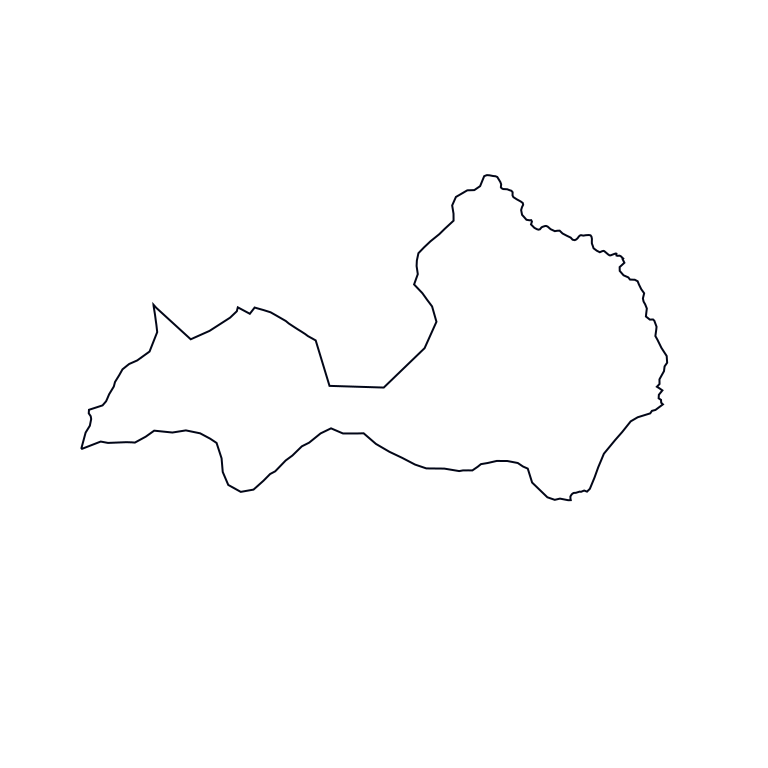 Magama, Niger, Nigeria, rotated 44°
{"feature_id": "59680162B40491222708573", "entity_name": "Magama", "entity_type": "district", "adm_level": 2, "iso_a3": "NGA", "parent_name": "Nigeria", "parent_adm1": "Niger", "projection": "orthographic", "projection_center": [4.963, 10.29], "detail": "fine", "context": "isolated", "style": "outline", "palette": "ink", "viewbox_px": 768, "rotation_deg": 44, "n_neighbors": 0, "source": "geoboundaries", "source_scale": "gbopen_adm2", "svg_char_len": 3693}
<svg xmlns="http://www.w3.org/2000/svg" viewBox="0 0 768 768"><g transform="rotate(44 384 384)"><path d="M163.1,487.1L163.9,487.8L171.1,493.2L176.4,497.4L179.1,499.5L184.8,504.2L192.8,523.5L190.1,538.5L186.8,546.6L186.5,548.7L185.7,555.1L187.4,561.6L189.1,569.4L191.4,573.5L193.4,582.3L195.2,587.0L196.1,589.5L196.4,594.9L193.7,600.0L189.7,607.5L192.0,610.2L195.4,610.9L197.7,612.6L201.3,618.2L201.4,618.4L203.1,626.2L210.9,640.3L211.8,640.4L220.2,622.2L226.4,618.1L239.1,604.8L243.2,601.1L245.5,599.2L249.2,587.4L251.1,577.2L265.5,565.9L273.7,555.0L286.0,547.2L296.9,544.1L304.5,542.7L318.8,550.3L329.1,559.3L342.1,564.8L349.9,562.7L355.9,561.1L363.5,550.6L364.5,537.3L364.6,528.3L364.6,527.9L366.4,522.4L366.4,507.3L367.8,499.1L368.2,485.9L370.9,478.2L372.7,463.6L376.7,452.7L388.8,448.1L398.3,439.0L403.6,433.6L419.8,432.7L435.0,429.0L448.4,424.5L462.3,420.4L473.1,415.3L486.1,403.0L498.6,394.4L500.9,391.2L504.7,387.5L507.6,384.8L508.9,378.4L509.4,374.3L513.4,368.9L518.5,361.1L526.1,353.8L535.1,347.9L541.3,346.8L546.2,345.0L559.0,352.0L580.2,352.0L587.3,348.7L590.2,344.2L597.3,339.6L599.0,337.8L597.6,336.8L596.2,335.4L595.7,333.1L595.8,331.7L596.2,330.5L597.6,329.0L599.5,325.5L600.6,324.7L602.0,321.6L604.8,320.4L604.9,316.4L600.4,305.0L595.9,295.0L593.2,288.0L590.6,281.4L589.2,263.6L588.7,253.1L587.4,239.5L589.6,231.7L595.9,220.2L595.4,217.2L597.3,214.1L598.8,204.9L596.4,204.9L594.3,203.0L591.5,203.5L589.2,200.8L588.7,195.2L585.0,195.8L582.2,196.4L582.2,192.6L578.9,189.3L577.5,184.1L576.5,180.3L573.6,176.4L572.9,172.0L567.9,167.5L558.5,165.3L549.9,162.2L545.9,161.0L542.1,155.8L540.3,153.5L534.5,150.7L532.7,150.7L530.5,153.0L525.5,153.5L523.7,151.2L520.6,147.1L516.6,145.3L513.5,144.4L510.8,142.6L508.1,138.0L503.2,137.1L498.2,135.3L495.1,133.9L492.0,134.8L488.4,138.0L485.7,137.6L480.8,139.4L475.0,138.9L472.3,136.2L472.7,129.8L468.8,128.4L468.9,127.6L468.7,127.6L465.6,127.6L464.2,128.1L463.2,129.3L462.9,129.6L462.0,130.1L461.5,129.7L461.3,129.6L460.7,128.8L460.2,129.0L459.8,129.5L459.6,130.0L459.4,130.3L457.7,133.9L457.7,134.0L456.8,134.8L455.2,135.1L450.2,135.4L449.5,135.7L448.8,136.7L448.6,137.1L447.7,139.3L444.5,140.3L440.5,140.8L439.9,140.5L438.6,139.8L435.9,138.5L434.3,136.9L432.8,135.2L430.9,133.9L429.3,133.6L427.9,134.5L425.8,136.8L424.3,138.8L422.3,140.1L422.0,140.7L421.8,141.1L421.7,142.6L422.0,144.5L421.9,146.4L421.3,148.0L421.2,148.1L419.4,149.2L416.6,149.0L412.4,150.4L407.9,151.7L403.8,151.7L402.1,153.5L400.7,155.4L396.3,156.9L392.3,157.1L390.8,157.7L390.1,158.5L389.3,160.0L389.2,160.1L388.5,161.8L388.7,164.4L388.4,164.9L387.9,165.7L386.5,166.4L383.7,167.2L378.9,167.1L377.6,164.4L376.1,163.9L374.9,165.2L372.4,166.9L368.8,166.6L365.8,166.4L361.8,163.6L360.4,160.9L359.6,158.4L358.1,157.4L355.7,157.7L351.3,158.9L347.3,159.7L345.5,159.1L343.3,156.7L341.4,156.5L339.6,157.4L337.4,158.3L335.4,160.0L334.3,161.0L332.6,161.5L331.4,161.3L329.6,159.0L327.4,157.9L321.7,156.4L319.9,157.1L318.0,158.6L314.9,160.6L313.0,162.2L312.7,162.7L311.7,164.9L315.7,174.9L314.3,181.7L314.1,182.0L313.4,182.7L309.4,186.8L309.3,187.1L305.8,199.5L309.0,208.2L315.7,213.2L320.6,218.2L319.9,230.1L319.7,237.8L318.3,249.1L318.1,253.7L317.9,257.8L317.9,266.0L321.9,272.4L325.5,276.5L332.0,281.5L336.5,291.5L348.5,292.0L356.6,293.5L364.7,294.8L378.5,302.8L388.3,330.0L386.3,386.7L386.0,387.0L346.1,423.2L304.6,400.1L295.9,402.4L292.6,402.8L287.6,403.8L284.4,404.5L281.4,405.1L278.8,405.6L273.5,406.6L269.6,406.9L264.8,408.1L258.4,409.7L252.6,411.2L245.8,414.6L241.9,416.7L237.8,418.9L237.9,419.3L238.7,426.7L238.3,426.8L225.6,430.4L225.8,430.8L227.6,433.9L227.2,443.2L221.6,467.0L213.9,486.1L167.2,487.4L163.1,487.1Z" fill="none" stroke="#020617" stroke-width="2"/></g></svg>